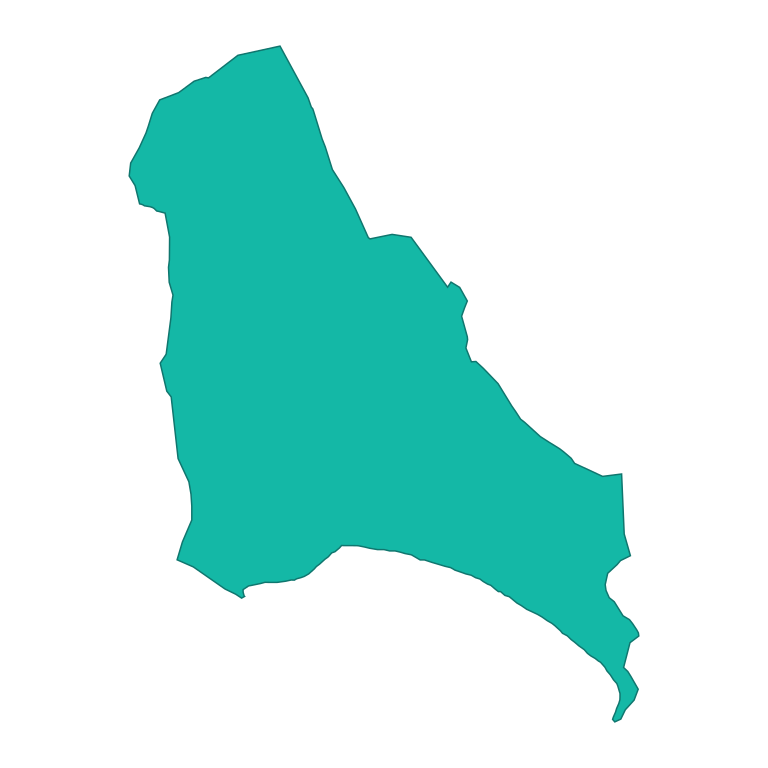 Konshisha, Benue, Nigeria (Robinson projection)
{"feature_id": "59680162B50777093344409", "entity_name": "Konshisha", "entity_type": "district", "adm_level": 2, "iso_a3": "NGA", "parent_name": "Nigeria", "parent_adm1": "Benue", "projection": "robinson", "projection_center": [8.769, 7.045], "detail": "fine", "context": "isolated", "style": "filled", "palette": "teal", "viewbox_px": 768, "rotation_deg": 0, "n_neighbors": 0, "source": "geoboundaries", "source_scale": "gbopen_adm2", "svg_char_len": 2776}
<svg xmlns="http://www.w3.org/2000/svg" viewBox="0 0 768 768"><path d="M411.1,237.3L392.1,234.4L370.0,238.9L368.3,237.6L355.5,209.0L343.8,187.5L332.4,169.6L325.3,147.0L322.1,138.9L313.4,110.6L312.7,108.7L311.3,107.1L308.1,97.9L280.0,46.1L237.9,55.3L208.5,77.9L205.8,77.4L194.1,81.2L178.7,92.6L159.7,99.9L152.3,113.3L148.3,126.2L146.0,133.0L139.3,147.7L130.9,162.7L130.7,162.9L129.2,176.0L135.1,185.6L139.6,203.9L141.2,204.2L142.6,204.7L143.7,205.3L144.4,205.8L145.1,205.9L148.1,206.4L150.1,206.7L152.5,207.5L154.2,208.5L156.7,211.0L158.7,211.4L165.1,213.1L169.6,237.1L169.5,248.6L169.4,260.1L168.5,267.3L169.2,282.3L173.0,295.1L171.9,302.0L170.9,317.9L166.2,354.0L165.8,354.8L160.2,363.2L166.8,391.2L171.2,396.9L178.1,458.6L188.9,481.8L191.0,494.2L191.8,506.2L191.8,520.0L182.4,542.0L177.1,559.8L193.3,566.9L225.0,589.0L235.7,594.2L241.6,598.1L244.6,596.4L244.1,595.9L243.1,592.1L243.1,589.6L248.6,585.9L250.9,585.5L260.6,583.5L265.0,582.3L269.9,582.4L270.4,582.4L277.0,582.4L285.7,581.2L291.2,580.0L294.4,580.1L296.6,578.8L301.0,577.6L304.3,576.4L307.8,574.4L308.7,573.9L314.2,569.0L316.4,566.5L319.6,564.1L325.1,559.1L327.1,557.7L328.4,556.7L331.7,552.9L335.0,551.7L339.4,548.0L341.6,545.5L344.9,545.6L352.5,545.6L358.0,545.7L360.1,546.1L364.5,547.0L369.9,548.3L377.6,549.6L384.1,549.6L389.6,550.9L395.0,550.9L400.5,552.2L404.8,553.5L407.3,554.0L408.9,554.3L411.4,554.8L415.7,557.3L420.1,559.9L424.4,559.9L432.0,562.4L436.4,563.7L440.8,565.0L445.1,566.3L450.6,567.6L453.3,569.1L454.9,570.1L462.5,572.7L465.8,573.9L471.2,575.2L475.6,577.7L479.9,579.0L483.2,581.5L487.6,584.1L490.8,585.3L495.2,589.1L498.4,591.6L500.6,591.6L504.9,595.4L509.3,596.7L516.9,603.0L521.2,605.5L524.7,607.9L526.7,609.3L532.1,611.8L537.6,614.4L541.9,616.9L547.3,620.7L551.7,623.2L554.9,625.7L557.4,628.0L560.4,630.7L562.5,633.3L567.3,635.8L571.2,639.6L574.5,642.1L578.8,645.8L584.2,649.6L587.5,653.4L590.8,655.9L595.1,658.4L598.4,661.0L600.5,662.2L602.7,664.7L604.9,667.2L607.0,671.0L610.3,674.8L613.5,679.8L616.8,683.5L617.8,686.0L618.9,689.8L620.0,693.5L620.0,697.3L619.9,699.8L618.8,703.5L616.6,708.5L615.5,712.2L613.3,717.2L612.6,719.4L614.8,721.9L620.8,719.1L625.3,709.8L634.1,700.1L638.2,689.2L630.8,676.3L627.8,671.5L623.6,667.5L630.0,642.7L638.8,636.0L638.4,632.9L636.7,629.8L632.5,623.5L629.5,619.7L623.0,615.8L614.3,601.8L609.2,597.7L606.0,590.4L605.2,584.6L607.7,573.3L617.1,564.6L620.5,560.6L630.4,555.7L624.2,534.0L621.6,474.0L602.6,476.4L574.6,463.4L571.2,458.3L563.7,451.9L559.7,448.8L548.7,442.0L540.2,436.5L524.6,422.3L520.6,419.2L516.0,412.1L511.7,405.9L498.1,383.7L483.4,368.4L475.9,361.5L471.4,361.8L465.9,348.0L467.6,339.7L467.3,336.7L461.6,316.2L464.5,308.0L467.3,301.0L459.7,287.4L451.0,282.1L447.6,287.2L411.1,237.3Z" fill="#14b8a6" stroke="#0f766e" stroke-width="1.5"/></svg>